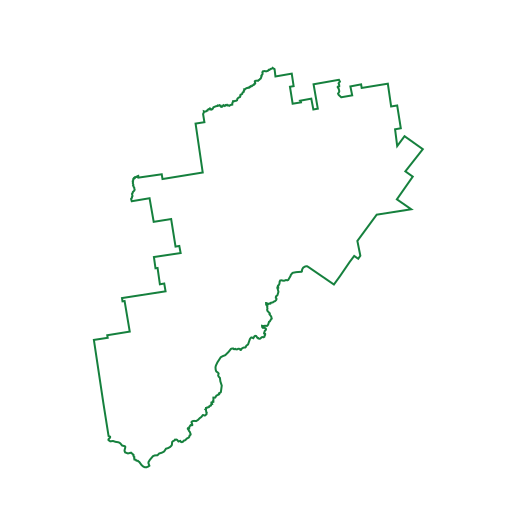 the district of Croydon, Queensland, Australia, rotated 76°
{"feature_id": "25037944B33150906552836", "entity_name": "Croydon", "entity_type": "district", "adm_level": 2, "iso_a3": "AUS", "parent_name": "Australia", "parent_adm1": "Queensland", "projection": "orthographic", "projection_center": [142.176, -18.514], "detail": "fine", "context": "isolated", "style": "outline", "palette": "green", "viewbox_px": 512, "rotation_deg": 76, "n_neighbors": 0, "source": "geoboundaries", "source_scale": "gbopen_adm2", "svg_char_len": 6077}
<svg xmlns="http://www.w3.org/2000/svg" viewBox="0 0 512 512"><g transform="rotate(76 256 256)"><path d="M264.4,396.2L267.7,396.5L267.9,394.4L298.8,396.8L296.9,419.5L299.5,419.7L298.2,433.6L361.9,439.7L395.0,442.6L396.0,441.3L396.4,441.3L397.1,441.8L398.0,443.3L398.7,443.7L399.4,443.3L400.6,442.2L400.9,439.5L402.3,437.3L403.4,434.7L404.1,433.7L405.1,432.9L407.5,431.8L408.8,429.3L409.4,429.0L410.2,429.2L412.6,430.5L413.4,430.7L414.9,430.5L416.6,428.0L416.6,424.8L416.8,424.6L417.2,424.6L418.0,423.8L419.5,422.9L420.1,423.3L421.4,423.0L421.7,422.7L422.6,423.1L424.1,423.2L424.6,422.0L425.6,421.6L426.2,420.1L426.8,419.9L427.5,419.1L431.0,417.7L432.7,416.6L433.9,415.3L434.5,413.6L434.2,411.4L433.7,410.2L431.0,410.5L430.0,410.2L428.1,408.3L425.3,404.4L425.0,402.5L425.5,399.8L424.2,397.7L424.1,395.1L423.6,392.8L422.9,391.8L421.2,390.0L421.1,387.7L420.5,385.5L419.6,384.0L418.9,383.3L416.3,382.4L415.7,381.6L415.1,379.4L414.6,379.1L414.9,377.5L415.4,377.0L417.2,376.1L417.1,374.2L418.1,373.9L418.7,373.0L418.5,371.7L417.7,370.8L417.7,369.7L417.5,369.0L416.4,367.3L415.9,365.2L415.2,364.4L414.1,363.9L413.7,362.9L413.1,362.5L410.6,362.8L409.3,363.4L408.3,363.5L407.3,364.0L406.8,363.9L406.6,363.7L407.0,362.5L405.8,362.1L404.3,360.4L404.6,360.0L404.7,358.8L404.1,358.6L401.6,358.8L401.1,358.2L400.9,357.3L401.0,356.0L401.7,354.0L401.0,351.9L399.7,349.8L399.0,348.0L397.5,346.1L397.6,345.6L398.3,344.6L398.4,344.0L397.6,342.4L397.2,342.1L396.5,342.1L395.9,341.7L395.4,342.0L393.2,341.8L392.6,342.2L392.3,341.5L391.4,341.3L391.5,340.6L391.2,340.4L391.1,339.6L391.3,338.7L391.2,338.2L390.5,337.7L390.5,337.1L390.0,336.4L390.1,335.8L389.2,335.3L389.1,334.5L387.8,334.9L387.4,334.7L387.6,333.7L387.2,332.7L386.5,333.1L385.7,332.2L383.1,331.6L383.5,329.8L381.9,328.2L381.3,325.3L381.1,325.1L380.6,325.4L380.3,325.2L379.8,323.4L379.5,323.0L373.5,320.6L369.0,320.9L365.6,320.5L364.0,321.4L362.8,321.6L360.9,320.7L359.9,321.2L358.5,322.4L357.7,322.6L356.3,322.6L354.1,322.2L352.6,321.4L349.9,319.2L345.7,314.7L345.1,312.4L344.8,309.8L342.4,305.8L340.1,302.8L340.0,301.6L340.3,300.4L340.9,300.2L341.2,299.7L341.1,298.5L341.8,297.9L342.0,296.8L341.7,295.7L342.0,294.7L342.5,293.9L343.4,293.8L343.5,293.4L342.4,292.2L341.9,290.5L341.9,289.5L342.2,288.7L341.9,288.0L340.7,287.1L339.9,285.1L335.1,282.0L334.0,280.6L334.0,279.8L335.1,278.5L333.6,277.0L333.3,276.2L333.4,275.7L333.7,275.2L335.8,274.4L336.0,273.8L336.6,273.7L337.2,272.5L337.2,272.0L336.2,270.0L336.2,269.4L336.7,268.3L336.4,267.4L335.7,267.1L334.7,266.2L333.8,266.0L333.5,266.7L332.9,266.9L330.7,265.5L330.2,264.5L329.4,264.0L328.7,264.1L327.9,264.9L327.3,266.8L326.3,267.2L325.2,267.0L325.8,265.8L325.8,264.5L326.5,262.2L326.3,261.8L325.5,260.8L323.0,259.3L322.8,258.4L320.9,256.6L320.6,255.9L318.4,255.9L315.7,257.0L315.0,256.5L312.2,258.1L311.6,258.2L310.8,258.2L309.8,257.6L308.7,257.6L307.7,257.2L305.6,257.9L304.1,257.6L304.3,257.0L305.8,255.8L305.3,254.9L305.3,254.3L305.7,253.9L305.7,253.5L305.0,253.0L305.1,250.9L304.6,249.8L304.4,248.4L303.6,247.1L302.7,246.5L302.1,246.5L301.4,246.9L300.7,246.7L299.9,246.2L299.4,244.9L298.9,244.5L296.2,242.9L292.4,242.9L292.3,242.1L291.6,242.0L291.5,242.7L290.0,241.8L289.7,240.9L288.6,240.0L286.5,239.2L285.6,238.4L285.8,236.9L286.4,236.0L286.8,234.7L286.6,232.7L287.2,231.4L287.0,230.5L283.7,227.3L282.8,226.8L281.4,224.9L281.2,224.3L281.4,220.9L282.3,215.6L282.0,215.2L281.1,214.9L280.0,214.3L278.7,213.0L278.1,211.1L278.1,209.7L278.3,208.9L279.4,207.8L302.5,187.3L295.7,179.2L284.3,166.4L279.7,160.7L283.4,157.5L281.0,154.7L265.9,154.0L245.1,128.9L248.2,94.1L235.1,105.6L216.9,84.7L210.0,90.6L192.7,68.3L175.7,82.9L183.5,92.4L166.7,90.4L167.1,84.6L144.1,82.6L143.6,88.7L120.7,86.4L118.5,112.8L114.9,112.5L114.3,123.4L123.4,123.8L122.6,134.9L119.7,136.8L118.3,137.1L117.4,136.1L116.7,135.5L115.8,135.3L113.8,135.3L111.9,135.9L111.5,135.7L111.5,134.2L110.2,133.9L108.4,134.1L107.1,132.4L105.1,132.9L103.3,158.6L128.0,160.4L127.7,164.9L116.7,164.3L116.0,175.6L117.1,175.2L117.8,175.2L117.1,183.6L100.0,182.1L100.3,178.4L87.7,177.2L86.5,193.7L79.4,192.8L78.9,192.9L78.4,193.7L77.5,194.3L77.8,194.7L78.1,195.8L78.0,196.6L78.7,197.9L78.4,198.6L79.2,199.6L79.3,201.5L78.6,203.0L78.5,204.7L79.3,205.4L79.9,205.3L81.3,205.8L82.2,207.1L82.8,207.0L83.4,207.6L84.1,207.8L85.0,208.6L85.1,209.1L85.9,210.3L86.0,211.1L86.5,211.6L86.0,213.1L85.9,214.4L86.2,214.9L86.8,215.0L88.2,214.9L88.6,215.2L88.8,216.3L89.3,216.4L89.4,216.7L89.6,217.6L89.5,218.2L90.1,218.7L90.3,219.3L89.9,220.2L90.7,221.0L90.9,221.5L90.6,221.7L91.0,222.4L90.7,222.8L90.9,223.5L90.8,224.7L91.2,225.5L91.4,226.2L91.4,227.0L91.8,226.9L91.9,227.2L92.5,227.4L92.6,227.8L93.7,228.1L94.1,229.4L95.4,230.2L95.9,231.8L95.8,232.0L96.2,232.4L97.3,232.6L97.9,233.1L98.1,234.6L98.9,236.0L100.3,236.7L100.6,237.8L100.4,238.9L100.6,239.3L100.2,240.8L101.5,241.5L101.9,242.0L103.4,242.4L103.3,244.0L103.8,245.6L103.2,246.0L103.2,246.9L102.3,247.5L102.6,248.1L102.2,248.8L102.6,249.2L102.9,250.0L102.0,250.7L102.3,251.4L102.0,251.5L103.0,252.8L103.0,253.3L102.8,253.8L101.7,253.9L101.7,254.3L100.8,254.8L100.9,255.3L101.1,255.4L100.9,255.8L101.1,256.6L100.7,256.9L101.1,257.5L101.0,258.7L101.4,261.3L102.5,262.2L103.0,262.9L103.2,263.9L102.9,264.6L102.7,264.4L102.2,264.4L101.8,264.8L102.2,265.0L102.2,265.8L102.0,266.2L102.4,267.4L102.6,267.7L103.1,267.8L103.2,268.7L103.5,269.0L103.6,270.8L103.0,271.6L103.8,271.7L105.5,273.0L113.7,273.7L112.9,282.6L162.1,287.5L158.7,328.1L153.9,327.7L151.5,351.1L149.8,350.9L149.9,352.0L150.5,352.6L150.2,353.3L150.4,353.9L150.2,354.4L150.4,354.8L151.0,354.9L150.8,355.6L151.1,355.9L151.2,355.7L151.7,356.0L151.7,356.5L153.2,357.0L153.5,357.5L153.9,357.6L154.5,357.4L155.4,357.9L157.3,357.8L157.8,358.2L158.2,358.0L158.9,358.1L160.3,357.6L161.4,357.8L162.3,357.7L163.1,358.3L164.1,360.0L164.9,360.3L165.2,360.8L165.8,361.3L167.9,361.3L168.7,362.1L169.4,362.2L170.4,363.4L172.8,363.3L174.2,345.3L198.1,347.0L199.6,329.4L227.4,331.8L227.7,328.0L234.9,328.4L232.3,355.3L243.6,356.5L243.8,354.4L260.2,356.1L260.5,351.7L268.4,352.3L264.4,396.2Z" fill="none" stroke="#15803d" stroke-width="2"/></g></svg>